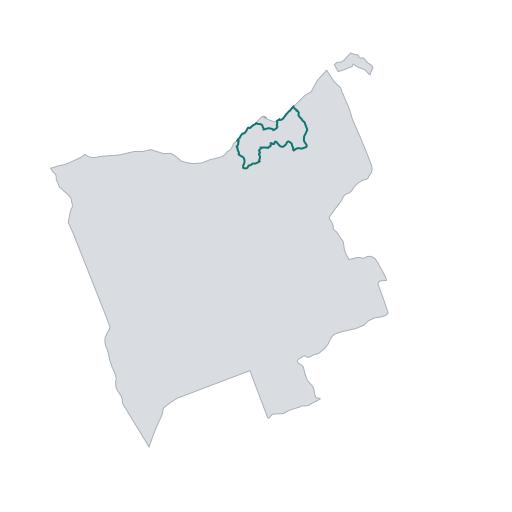 location of Bengo within Angola, rotated 68°
{"feature_id": "AGO-1877", "entity_name": "Bengo", "entity_type": "Province", "adm_level": 1, "iso_a3": "AGO", "parent_name": "Angola", "parent_adm1": "", "projection": "albers", "projection_center": [13.878, -9.029], "detail": "fine", "context": "in_parent", "style": "outline", "palette": "teal", "viewbox_px": 512, "rotation_deg": 68, "n_neighbors": 0, "source": "natural_earth", "source_scale": "10m", "svg_char_len": 7630}
<svg xmlns="http://www.w3.org/2000/svg" viewBox="0 0 512 512"><g transform="rotate(68 256 256)"><path d="M412.6,249.9L413.1,253.4L413.5,258.2L413.8,261.6L414.2,263.2L414.3,264.0L413.8,264.9L413.4,266.9L412.6,268.7L412.2,270.0L412.4,272.3L411.7,279.2L411.5,282.6L412.3,288.8L412.1,290.7L409.9,296.2L409.2,299.0L409.0,300.5L411.1,304.7L411.0,305.5L409.3,305.7L407.9,305.7L360.0,304.6L358.5,375.9L358.3,381.9L359.7,390.0L362.3,398.7L363.4,399.6L366.2,401.2L370.0,404.6L372.2,407.1L376.5,411.5L382.3,417.2L392.9,426.7L356.7,432.7L342.9,434.9L341.7,434.8L339.6,433.8L335.2,433.5L330.0,434.7L325.9,435.0L322.8,434.4L319.9,433.2L317.0,431.4L312.0,430.7L304.8,431.1L297.9,430.6L291.3,429.4L286.5,428.9L283.7,429.1L280.6,428.7L277.3,427.6L274.6,426.0L271.4,422.5L268.8,419.1L268.2,418.6L267.4,418.1L266.6,418.0L252.3,417.6L165.5,417.0L155.5,417.5L154.7,417.4L153.4,417.0L152.6,416.2L149.7,414.4L147.3,412.9L143.9,410.5L141.7,407.9L139.9,407.1L136.6,406.6L134.2,406.1L132.2,406.0L128.7,407.3L126.0,408.5L124.2,409.7L120.9,411.1L118.2,412.5L113.4,412.3L112.3,412.5L109.7,412.4L107.1,411.3L104.6,411.4L101.8,412.9L97.7,413.5L98.6,403.7L99.6,399.3L99.6,394.1L98.9,380.6L98.2,378.7L97.7,376.5L100.2,374.9L101.5,373.6L103.2,371.3L104.4,368.2L105.9,361.2L111.1,345.2L113.5,329.6L116.7,322.1L117.9,313.8L126.7,303.0L128.9,296.4L133.5,293.1L140.1,289.6L144.7,283.5L147.0,279.2L149.5,271.0L149.5,262.5L151.1,251.1L150.8,247.8L148.3,243.3L147.9,240.0L145.6,236.9L143.2,234.5L142.0,230.1L137.8,223.4L136.6,218.8L134.6,215.6L134.3,211.6L133.2,207.3L131.1,203.2L129.1,198.4L129.1,196.9L130.3,195.1L131.5,194.5L131.1,195.4L130.3,196.4L130.5,197.3L138.4,188.9L138.9,187.2L138.7,185.4L138.6,183.1L138.9,180.5L131.4,165.0L125.4,150.6L124.4,143.3L116.4,133.8L113.3,127.5L111.5,123.2L110.2,121.5L110.7,120.7L112.7,120.5L117.2,119.5L123.4,118.3L129.2,115.8L130.7,114.7L133.7,114.4L136.8,115.1L138.0,114.6L138.7,114.6L145.9,114.6L149.0,114.4L154.6,114.4L158.1,114.6L160.1,114.9L165.6,115.4L172.4,115.3L174.8,115.1L183.7,114.9L200.4,114.7L209.1,114.8L215.8,114.9L218.8,115.8L221.6,117.5L222.8,119.1L223.4,119.8L224.2,121.5L225.7,122.8L226.3,124.8L225.8,127.6L226.0,130.9L226.8,134.7L228.6,138.8L231.4,143.1L232.6,146.4L232.2,148.9L233.0,151.6L235.1,154.4L236.6,155.9L237.4,157.0L239.7,161.3L247.2,173.2L248.3,173.9L250.0,173.7L253.5,173.2L257.0,173.1L259.5,174.2L260.5,174.0L264.3,172.1L268.0,171.5L271.9,170.7L274.0,169.9L276.3,169.9L282.7,171.6L283.9,171.7L289.1,171.8L294.2,171.0L295.1,164.1L295.2,162.8L296.4,160.2L298.1,158.0L298.3,155.9L298.2,152.9L299.4,149.4L302.9,146.6L308.6,145.4L311.8,145.2L316.8,144.5L324.5,143.8L327.3,144.0L327.5,144.4L325.8,149.3L325.7,150.9L326.3,152.5L327.6,153.4L342.8,153.9L357.4,154.7L358.2,155.0L358.8,155.4L359.7,157.8L359.4,162.5L357.8,169.5L358.2,175.9L360.6,182.0L360.6,191.3L358.4,203.8L357.8,211.6L358.8,215.0L361.1,218.5L364.7,222.2L367.4,226.9L369.3,232.7L369.9,236.3L369.3,237.8L369.3,240.4L369.8,244.1L369.1,246.5L367.1,247.7L366.4,249.3L367.3,252.5L367.5,255.4L368.8,257.3L369.7,257.4L371.8,256.4L374.2,254.6L376.2,253.8L378.9,254.0L382.7,254.6L389.5,255.0L391.6,254.7L397.9,252.3L399.6,252.1L402.0,252.4L405.5,253.3L409.1,253.5L410.8,252.8L411.0,251.8L411.6,250.4L412.6,249.9ZM130.8,82.4L130.3,82.8L127.5,84.0L124.4,85.1L120.3,89.5L118.3,91.4L117.7,91.9L115.8,93.0L114.5,93.9L114.5,94.4L115.4,95.0L116.3,95.9L116.3,103.1L115.9,110.3L115.4,110.9L112.8,111.1L109.4,111.6L108.3,111.9L107.9,111.2L106.8,108.6L107.4,106.2L108.1,104.3L107.3,100.6L105.5,97.2L103.7,93.0L103.1,92.2L104.6,90.8L107.0,87.8L107.9,86.2L110.7,85.9L111.7,84.8L112.4,83.0L112.7,82.0L115.7,81.2L119.4,79.7L121.4,78.1L123.5,77.0L124.8,77.0L125.7,77.4L128.1,80.2L130.1,82.0L130.8,82.4Z" fill="#d9dde1" stroke="#a8b0b8" stroke-width="1"/><path d="M138.7,186.1L138.6,185.7L138.2,183.9L138.0,183.1L138.3,183.0L138.6,183.0L138.8,183.0L139.0,182.7L139.1,180.5L138.9,179.9L138.7,179.3L136.3,175.5L136.0,175.2L135.6,174.1L135.4,173.6L135.2,173.3L134.9,172.6L134.7,172.3L134.2,171.4L134.0,170.1L132.2,167.0L131.5,165.3L132.9,165.2L133.6,165.0L134.1,164.8L134.3,164.7L134.5,164.5L134.7,164.4L135.4,163.9L135.5,163.8L135.7,164.0L135.9,164.0L136.0,164.1L136.3,164.1L136.5,164.0L136.6,163.9L136.7,163.7L136.8,163.5L137.1,163.3L137.4,163.1L138.0,162.9L139.0,162.7L139.3,162.7L139.5,162.8L140.2,163.3L140.3,163.4L140.6,163.6L140.9,163.7L141.2,163.8L141.9,163.8L142.2,163.8L145.2,162.9L145.4,162.8L145.5,162.6L146.0,162.4L146.5,162.2L146.8,162.2L147.7,162.2L148.0,162.1L148.3,161.9L148.5,161.8L148.9,161.6L149.1,161.5L149.2,161.4L149.3,161.3L149.9,161.1L150.1,160.9L150.3,160.8L152.2,161.0L157.5,161.1L158.4,161.3L158.9,161.8L159.3,162.4L161.1,164.1L162.6,166.0L163.2,166.6L164.0,167.0L166.0,168.0L166.8,168.2L167.4,168.3L168.3,168.3L171.9,167.5L173.2,167.9L173.6,168.3L173.8,168.9L173.6,173.2L173.4,173.7L172.3,175.5L172.0,176.2L171.7,176.9L171.6,178.1L171.7,179.0L172.3,181.3L171.6,181.5L171.4,181.8L171.2,181.8L171.0,181.7L170.9,181.5L170.8,181.4L170.7,181.4L169.5,181.1L169.4,181.1L168.7,181.1L168.4,181.1L168.1,181.1L167.0,181.2L166.9,181.1L166.3,181.0L166.0,180.9L165.3,180.9L164.9,181.0L164.1,181.4L162.9,182.1L161.9,183.1L161.9,183.8L161.9,184.1L162.1,184.5L162.5,185.1L163.2,185.7L163.8,186.5L164.7,189.1L164.8,189.7L164.7,190.3L164.5,190.9L164.2,191.4L163.8,191.9L163.2,192.4L162.3,192.9L161.2,193.3L158.2,194.2L157.3,194.9L157.2,195.4L157.3,195.8L157.7,196.2L158.6,196.8L158.8,197.0L158.8,197.3L158.8,197.8L158.4,198.5L157.9,198.9L157.4,199.2L157.0,199.6L157.0,200.1L157.6,200.5L159.0,200.9L159.5,201.3L159.7,201.8L159.5,202.3L159.5,202.8L159.9,203.4L160.3,204.1L160.3,204.3L160.1,204.8L159.3,205.8L159.0,206.4L158.3,208.4L157.3,210.9L157.5,210.9L158.3,211.5L158.9,213.1L159.3,213.6L159.7,213.7L160.3,213.7L161.0,213.6L161.3,213.5L161.6,213.6L162.0,214.0L162.3,214.8L162.5,215.0L163.3,215.2L163.5,215.2L164.6,215.0L165.2,215.0L165.8,215.2L166.2,215.4L166.6,215.7L167.4,216.4L167.6,216.6L168.2,217.0L168.4,217.1L168.9,217.6L169.0,217.7L169.4,217.4L169.6,217.3L170.0,219.4L170.0,221.3L170.0,222.2L169.8,222.9L169.4,223.4L169.1,224.2L169.1,224.8L169.6,226.2L169.8,227.1L169.6,227.8L169.4,228.4L169.5,229.0L169.8,229.6L170.2,230.0L170.9,230.7L171.1,231.9L171.0,232.4L170.8,233.0L170.1,234.2L169.3,234.9L167.6,234.1L166.4,233.1L166.0,232.5L165.3,231.9L163.4,231.0L162.6,230.8L161.8,230.7L161.3,230.6L160.7,230.7L160.1,230.8L159.4,231.1L158.8,231.5L157.2,232.9L156.2,233.4L155.7,233.9L155.5,234.0L155.3,234.0L155.1,234.0L155.0,233.9L154.8,233.7L154.6,233.5L154.2,233.3L153.5,233.1L153.0,233.1L152.6,233.1L151.0,233.3L150.7,233.3L150.5,233.2L150.2,232.9L149.9,232.9L149.2,232.9L148.8,232.8L148.1,232.5L147.9,232.5L147.9,232.8L147.6,233.0L147.4,233.0L147.3,232.9L147.1,232.5L146.3,231.4L146.2,231.2L145.7,230.7L144.5,230.0L144.2,229.9L143.9,229.9L143.7,229.7L143.4,229.4L143.0,229.1L142.7,229.0L142.5,228.9L142.4,229.0L142.2,229.2L141.9,229.9L141.0,228.7L140.7,228.1L140.4,226.8L139.9,226.3L138.9,225.3L137.4,222.8L137.5,222.4L137.7,222.0L137.9,221.5L137.6,220.4L137.1,219.2L136.4,218.2L134.3,215.7L134.1,215.2L134.2,214.8L134.8,214.2L135.0,213.7L135.0,213.2L134.8,212.7L134.6,212.3L134.4,212.1L134.4,211.8L133.6,209.4L133.5,208.9L133.6,207.7L133.5,207.3L133.0,206.4L132.9,205.8L133.7,205.4L133.9,205.2L134.5,204.4L134.9,203.4L135.5,202.4L136.4,201.6L137.1,201.3L137.5,201.3L138.5,201.4L139.1,201.4L139.4,201.3L139.8,201.2L140.3,201.3L141.5,201.6L141.7,201.0L142.2,196.3L143.2,195.0L144.0,193.6L144.5,193.2L144.9,192.9L145.7,192.8L145.8,191.9L145.6,190.7L145.1,189.0L144.8,188.3L144.3,187.8L143.8,187.7L143.3,187.9L142.8,187.8L142.5,187.8L141.3,186.8L140.7,186.5L140.2,186.3L138.7,186.1L138.7,186.1Z" fill="none" stroke="#0f766e" stroke-width="2"/></g></svg>